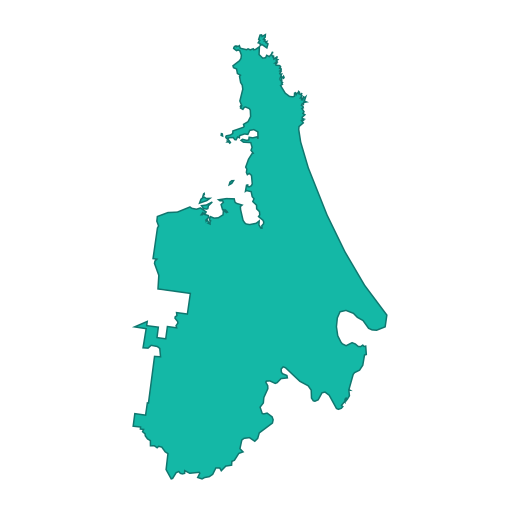 the district of Port Stephens, New South Wales, Australia, rotated 268°
{"feature_id": "25037944B52772221720298", "entity_name": "Port Stephens", "entity_type": "district", "adm_level": 2, "iso_a3": "AUS", "parent_name": "Australia", "parent_adm1": "New South Wales", "projection": "albers", "projection_center": [151.986, -32.729], "detail": "fine", "context": "isolated", "style": "filled", "palette": "teal", "viewbox_px": 512, "rotation_deg": 268, "n_neighbors": 0, "source": "geoboundaries", "source_scale": "gbopen_adm2", "svg_char_len": 6123}
<svg xmlns="http://www.w3.org/2000/svg" viewBox="0 0 512 512"><g transform="rotate(268 256 256)"><path d="M43.3,171.3L41.4,172.8L40.8,174.9L41.3,177.1L44.0,177.3L41.2,182.2L41.8,191.7L40.9,192.3L36.7,190.0L35.1,194.3L36.4,196.9L37.1,201.6L39.3,205.1L45.6,208.5L45.4,212.4L42.6,213.8L47.1,218.5L47.8,224.3L51.6,224.7L52.6,227.3L59.3,231.9L60.7,236.2L64.0,233.2L72.6,235.4L74.2,237.7L74.7,243.1L70.9,248.3L73.6,251.3L79.1,253.1L88.5,266.6L91.7,267.4L94.7,266.5L98.6,261.6L97.9,258.2L98.4,256.7L104.8,254.8L108.9,258.2L114.3,258.9L123.0,263.2L125.9,263.2L129.5,261.4L130.6,262.0L130.7,265.5L128.0,270.8L128.7,272.7L132.6,276.7L133.1,283.1L135.5,282.7L137.5,278.3L139.1,277.3L142.2,277.2L144.3,279.3L143.3,281.6L129.2,295.5L124.5,303.6L120.0,306.5L112.1,306.5L109.3,308.2L108.8,309.8L110.1,313.1L117.0,317.2L117.6,320.2L114.3,324.3L100.8,331.1L99.9,333.0L100.8,335.9L102.5,337.5L103.6,336.2L103.9,336.3L107.2,339.3L106.7,339.8L108.9,339.9L108.0,340.8L109.2,341.7L110.3,340.6L110.9,341.1L109.7,342.3L113.1,344.5L118.7,344.1L118.6,345.2L119.3,344.2L134.3,349.0L136.0,350.4L138.3,355.5L143.1,358.9L153.3,361.0L153.7,362.8L162.1,362.5L161.8,360.8L163.2,359.6L161.8,357.4L162.0,355.0L164.6,352.2L166.0,349.0L163.2,342.9L165.2,339.2L166.9,337.9L173.4,334.9L182.5,333.9L191.3,335.1L197.3,338.0L198.5,344.0L195.3,351.4L191.2,355.1L187.8,360.7L179.8,366.0L178.1,369.4L177.6,373.9L180.7,382.6L192.4,384.7L222.9,363.5L257.1,345.0L294.5,328.4L342.3,311.3L368.3,304.6L381.0,303.1L383.9,303.5L387.4,307.9L389.4,306.5L389.8,307.6L390.2,306.7L391.1,308.8L391.8,307.0L393.1,307.0L395.5,309.8L396.8,307.8L398.5,309.0L401.8,307.0L402.7,309.1L402.4,308.0L403.9,308.2L405.0,306.7L406.6,307.6L406.0,308.7L407.8,309.0L408.2,311.7L409.1,309.7L413.3,311.2L412.6,310.4L413.4,309.1L410.4,308.1L410.5,307.0L412.2,307.4L412.4,305.9L414.5,307.6L415.6,306.6L417.0,307.8L416.1,305.8L416.6,304.6L418.1,305.2L418.9,304.3L417.8,304.1L417.3,302.6L415.9,301.8L417.8,301.0L417.4,300.2L414.3,300.0L413.8,298.3L414.3,295.1L417.7,290.9L425.5,286.5L426.7,288.4L428.0,287.5L428.5,288.5L430.9,286.5L430.9,287.9L432.7,287.6L433.4,288.6L434.4,287.8L433.6,286.6L437.0,288.0L436.7,286.7L437.6,286.1L439.6,287.5L440.1,286.3L441.0,287.7L442.4,287.5L442.7,286.2L444.3,287.2L445.5,286.3L446.0,282.7L447.1,282.4L448.1,283.5L448.2,281.9L449.5,283.8L450.3,283.0L451.5,284.7L452.4,282.8L454.6,284.4L452.2,280.8L454.9,280.5L454.2,279.9L457.1,278.5L454.8,276.2L456.2,273.7L453.8,272.5L453.5,269.6L457.2,266.1L465.0,266.7L462.4,262.7L462.2,260.9L463.2,260.5L462.2,257.4L463.3,255.3L462.5,253.8L464.2,247.5L466.8,246.7L466.1,245.7L466.5,243.9L465.9,243.8L466.6,242.6L465.5,241.3L464.2,240.9L461.9,243.7L462.5,245.4L461.7,247.0L457.3,248.4L454.0,247.9L451.7,246.3L446.9,239.6L445.0,240.1L443.6,243.1L439.0,243.8L437.2,246.8L436.1,245.8L429.9,246.7L427.3,248.2L423.2,248.6L411.5,245.3L407.2,246.8L406.6,245.9L406.0,245.6L405.2,245.5L406.5,246.0L406.4,246.8L404.5,246.0L404.7,245.2L403.0,248.0L405.0,249.5L405.3,250.7L403.6,254.4L402.0,255.4L395.6,255.5L390.5,252.7L388.0,248.1L386.0,248.7L385.1,248.0L381.8,237.3L379.2,237.0L377.8,234.6L377.1,230.5L375.9,229.9L374.6,230.6L374.8,232.0L373.8,231.7L375.2,233.4L375.1,237.5L373.1,238.8L372.8,240.1L375.6,241.8L374.8,243.5L376.9,243.8L378.4,248.9L377.8,252.1L381.8,254.2L382.4,258.3L380.0,262.2L373.1,262.1L375.1,261.3L374.2,256.9L374.9,253.3L372.2,252.8L371.9,250.6L373.1,246.6L372.1,245.1L370.2,247.4L369.5,254.7L364.8,255.9L361.8,254.7L358.8,256.8L358.4,255.6L353.0,251.9L345.2,248.8L343.1,249.9L339.9,249.3L337.6,250.2L338.8,252.1L336.7,254.3L328.2,254.8L326.4,253.8L325.3,251.7L325.6,250.3L327.3,250.2L327.1,249.0L321.0,247.7L321.7,248.9L320.5,253.4L315.4,254.3L313.3,256.0L310.5,254.7L306.8,258.3L303.1,258.3L300.2,261.0L297.0,261.2L295.3,259.9L291.5,264.2L289.7,264.9L287.8,264.6L286.1,262.9L283.6,262.9L283.6,261.9L287.0,260.0L290.9,260.4L288.7,257.4L287.6,250.8L288.3,247.3L289.5,245.9L292.1,244.3L302.9,242.2L306.0,242.1L307.4,243.9L309.3,238.3L310.7,236.8L313.9,236.2L314.4,228.3L313.5,220.6L312.4,222.0L312.4,223.6L313.1,223.9L312.4,224.6L310.8,225.3L308.6,222.9L303.4,224.2L303.5,225.6L302.5,226.0L303.1,227.1L300.8,229.0L300.2,227.3L300.6,228.0L301.2,226.9L301.7,227.8L302.5,225.0L298.3,224.5L295.5,219.7L295.3,215.5L297.0,211.7L294.2,210.8L293.0,211.2L292.9,212.5L292.5,211.3L289.5,211.2L290.4,209.4L290.7,210.2L293.4,208.7L292.6,207.6L293.6,207.8L293.1,206.6L296.1,209.9L298.1,209.7L300.2,203.8L299.1,203.7L299.1,202.7L301.1,204.3L300.5,204.5L300.7,207.1L301.8,207.7L306.0,202.1L304.8,198.2L305.9,193.5L307.3,191.7L302.6,178.9L302.5,169.5L298.9,158.8L294.3,158.1L289.4,159.7L287.5,158.5L257.0,153.0L256.3,156.8L254.4,154.8L252.1,154.3L240.1,158.2L226.5,156.9L220.9,189.1L200.4,185.4L202.2,174.6L199.2,174.9L198.0,173.1L196.6,172.9L193.3,175.4L191.7,175.6L189.2,173.7L187.0,174.2L188.6,165.0L176.4,162.9L177.9,154.2L188.3,155.9L190.2,144.3L194.4,145.0L189.4,132.2L187.2,143.7L168.2,139.9L167.7,144.9L170.4,148.1L169.0,154.2L167.0,156.6L158.6,157.1L159.2,151.1L112.8,143.4L113.0,142.3L100.8,140.1L102.7,129.4L90.2,127.3L89.1,134.7L87.1,134.4L86.6,137.6L84.4,136.5L82.2,138.9L80.1,139.1L77.0,141.2L75.2,144.0L70.0,143.9L69.9,147.8L67.8,150.5L69.2,152.1L68.3,155.2L63.5,158.4L61.6,161.1L45.7,158.7L36.2,163.5L36.6,164.9L42.3,168.7L43.3,171.3ZM472.4,271.0L474.3,272.8L476.9,273.1L475.2,269.7L476.8,269.3L476.7,267.8L472.3,266.2L471.4,267.3L469.0,265.6L468.2,267.5L466.1,267.6L467.2,269.3L463.6,274.1L467.6,275.4L468.7,273.7L469.9,274.3L469.4,273.1L470.3,273.0L470.5,271.8L471.8,272.5L472.4,271.0ZM315.2,208.3L316.7,206.2L316.2,205.1L314.7,203.0L310.8,201.4L313.1,208.8L315.2,211.9L315.2,208.3ZM304.6,208.4L305.1,209.5L307.9,210.2L311.5,214.2L308.7,208.2L308.2,203.3L305.2,205.3L304.6,208.4ZM328.1,231.7L329.4,234.3L332.1,236.2L332.1,234.4L330.8,232.6L328.1,231.7ZM369.7,233.7L370.4,234.4L372.7,232.8L371.0,231.1L370.9,232.8L369.7,233.7ZM377.1,226.8L379.2,226.6L379.5,225.7L377.8,225.4L377.1,226.8ZM432.6,289.7L433.4,290.3L434.7,289.8L433.2,288.8L432.6,289.7ZM318.0,205.2L319.2,206.5L320.3,206.4L319.9,205.8L318.0,205.2ZM458.0,278.9L458.5,279.7L459.5,279.7L458.0,278.9Z" fill="#14b8a6" stroke="#0f766e" stroke-width="1.5"/></g></svg>